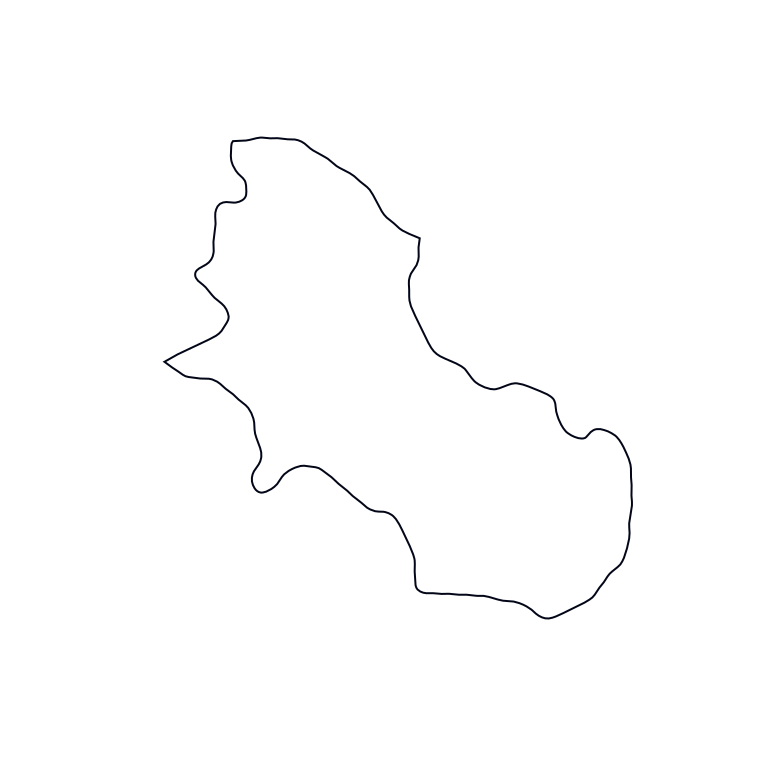 outline of Sabana Larga, San José de Ocoa, Dominican Republic, rotated 334°
{"feature_id": "3306468B82901312279704", "entity_name": "Sabana Larga", "entity_type": "district", "adm_level": 2, "iso_a3": "DOM", "parent_name": "Dominican Republic", "parent_adm1": "San José de Ocoa", "projection": "natural_earth1", "projection_center": [-70.54, 18.642], "detail": "fine", "context": "isolated", "style": "outline", "palette": "ink", "viewbox_px": 768, "rotation_deg": 334, "n_neighbors": 0, "source": "geoboundaries", "source_scale": "gbopen_adm2", "svg_char_len": 3765}
<svg xmlns="http://www.w3.org/2000/svg" viewBox="0 0 768 768"><g transform="rotate(334 384 384)"><path d="M196.4,267.8L200.9,276.4L204.6,282.7L207.1,287.3L209.0,290.0L211.5,292.1L221.2,298.5L228.9,302.5L231.6,304.6L235.0,308.7L236.8,312.0L239.6,318.9L243.8,327.0L246.5,334.3L250.4,342.5L251.5,346.1L252.0,352.1L251.4,358.1L250.4,361.8L247.6,368.4L246.4,372.1L245.7,376.4L244.6,387.3L243.7,391.5L242.1,395.1L241.2,396.6L238.9,399.2L236.2,401.3L228.9,405.4L226.3,407.6L224.2,410.3L222.6,413.7L221.9,417.4L222.0,421.1L222.4,423.0L223.1,424.7L224.2,426.3L225.7,427.6L227.4,428.4L230.9,429.1L236.6,429.0L240.4,428.3L244.1,427.1L251.5,422.8L254.7,421.4L260.2,420.3L263.9,420.1L267.6,420.2L273.0,421.1L276.3,422.4L286.0,428.8L288.5,431.0L290.4,433.9L296.0,444.8L299.4,453.8L304.1,463.7L306.8,471.0L311.6,480.8L314.6,487.8L316.6,490.7L320.2,494.4L323.0,496.2L327.5,498.6L328.9,499.6L331.4,502.0L333.5,505.0L334.3,506.6L335.5,510.6L336.2,516.9L336.3,523.5L336.1,541.2L335.5,549.9L334.8,554.1L334.2,556.1L332.7,559.5L329.4,565.9L324.2,578.6L323.9,580.2L323.8,581.8L324.1,583.5L325.6,586.4L327.8,588.8L330.5,590.7L336.5,593.6L343.9,598.0L350.4,601.0L359.2,606.4L365.7,609.5L374.4,615.0L380.8,618.2L385.0,621.4L391.7,627.5L395.9,630.9L405.2,636.4L409.6,640.3L412.3,643.3L414.7,646.5L417.7,651.6L419.8,656.9L421.5,660.1L423.6,662.9L426.2,665.3L429.4,667.0L433.1,667.9L436.8,668.3L444.6,668.5L468.2,668.4L474.0,667.9L477.7,667.2L481.0,665.8L488.3,661.5L494.7,658.5L500.5,655.0L503.6,653.5L506.9,652.5L513.9,650.9L517.3,649.8L520.5,647.8L523.5,645.4L530.4,638.2L536.6,630.4L539.4,625.6L541.6,620.3L543.3,616.7L553.6,601.9L555.3,598.4L557.4,593.0L562.3,583.3L565.1,576.2L569.0,568.0L570.2,564.4L571.2,558.3L571.5,552.0L571.6,545.7L571.4,541.6L570.9,537.4L569.9,533.4L569.1,531.5L566.9,527.9L564.5,524.7L561.7,521.9L558.7,519.4L555.4,517.8L553.7,517.4L552.0,517.3L548.8,517.8L542.3,520.4L540.9,520.6L539.3,520.3L537.8,519.7L534.9,517.8L532.1,515.1L529.7,512.1L527.6,508.6L526.7,506.6L525.8,502.6L525.4,498.4L525.5,492.2L526.0,488.2L526.7,484.3L529.4,476.5L529.8,473.3L529.6,471.5L529.0,469.8L528.2,468.1L526.2,464.9L521.1,458.8L512.8,449.6L508.5,445.3L503.8,441.7L502.1,440.8L498.6,439.7L495.0,439.2L486.0,438.4L482.4,437.7L480.7,437.1L477.4,435.1L473.0,431.1L469.2,426.3L467.2,422.8L466.4,420.9L465.4,417.1L463.6,407.4L463.1,405.5L461.3,402.0L457.9,397.2L450.2,388.2L446.5,383.5L444.5,380.1L443.1,376.4L442.3,372.3L441.9,366.2L441.9,336.5L442.3,326.0L443.5,320.1L444.9,316.6L448.0,310.2L450.2,305.0L451.9,301.7L454.1,299.0L456.6,296.6L465.4,291.4L469.0,287.8L471.0,284.8L474.9,276.4L480.0,268.7L472.5,260.2L467.9,254.2L466.1,251.0L463.3,243.9L459.4,235.6L458.3,231.9L457.7,227.9L457.0,209.2L456.3,203.2L455.1,199.5L451.2,191.3L448.3,184.1L445.5,179.3L438.9,170.4L436.9,167.3L432.2,156.9L430.2,153.8L422.8,143.2L421.0,140.0L418.0,133.0L416.1,130.0L413.7,127.3L411.1,125.2L404.8,121.9L396.1,116.4L389.6,113.4L382.3,109.0L380.8,108.3L377.3,107.2L370.3,105.7L366.8,104.7L354.7,99.5L352.6,100.9L351.0,103.2L346.3,111.9L345.0,115.3L344.5,117.2L344.0,121.2L344.3,127.2L345.1,130.9L347.4,137.1L348.0,140.2L347.9,141.9L347.1,145.0L344.6,150.8L342.9,153.7L341.7,154.9L340.3,155.8L338.7,156.4L337.1,156.7L333.8,156.7L330.5,156.0L328.8,155.3L322.0,151.3L318.9,150.3L315.5,150.2L312.3,151.4L309.7,153.5L307.5,156.1L305.8,159.3L302.8,166.3L293.0,181.5L289.1,190.1L288.1,191.6L285.9,194.3L283.2,196.4L280.0,197.9L276.6,198.6L268.4,199.1L265.5,199.8L264.2,200.5L263.0,201.6L262.1,203.1L261.6,204.7L261.5,206.4L262.1,209.7L264.8,215.6L266.1,218.9L268.4,228.6L269.5,232.3L273.3,240.5L274.5,244.0L275.0,247.9L274.8,251.6L274.0,255.2L273.1,256.7L272.0,258.1L269.5,260.0L261.2,265.1L257.9,266.3L254.2,267.0L246.3,267.3L211.7,266.9L196.4,267.8Z" fill="none" stroke="#020617" stroke-width="2"/></g></svg>